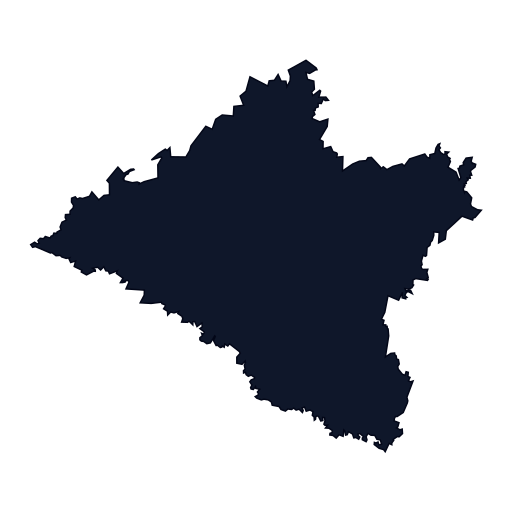 outline of Umgungundlovu, KwaZulu-Natal, South Africa
{"feature_id": "47623444B82303823139799", "entity_name": "Umgungundlovu", "entity_type": "district", "adm_level": 2, "iso_a3": "ZAF", "parent_name": "South Africa", "parent_adm1": "KwaZulu-Natal", "projection": "albers", "projection_center": [30.306, -29.53], "detail": "fine", "context": "isolated", "style": "filled", "palette": "ink", "viewbox_px": 512, "rotation_deg": 0, "n_neighbors": 0, "source": "geoboundaries", "source_scale": "gbopen_adm2", "svg_char_len": 6047}
<svg xmlns="http://www.w3.org/2000/svg" viewBox="0 0 512 512"><path d="M427.8,269.3L422.7,269.4L421.6,268.5L420.9,266.1L422.1,264.7L421.4,261.1L423.0,255.3L425.4,256.3L426.5,255.5L427.1,247.4L429.9,245.3L430.6,242.1L432.2,240.5L433.8,235.3L433.7,231.9L439.2,232.4L438.6,242.9L445.3,239.2L446.3,230.7L462.0,216.2L472.6,220.0L473.2,217.9L475.0,217.5L481.3,210.2L477.4,209.7L471.4,206.5L470.5,203.9L471.7,197.8L466.8,191.9L465.0,191.4L464.6,192.7L463.4,190.2L463.5,187.5L464.6,186.9L463.8,186.1L465.0,185.3L464.2,184.0L466.3,183.4L465.9,181.7L468.2,179.8L467.2,178.1L470.3,178.2L469.7,175.2L471.7,175.2L470.5,171.5L470.9,170.3L475.1,167.0L475.7,164.3L472.7,163.1L472.7,163.6L472.1,164.2L472.6,163.5L471.1,161.4L472.2,157.3L466.1,158.1L463.2,162.6L463.7,164.8L459.9,166.1L459.5,168.2L458.1,168.5L460.9,177.6L459.1,180.1L456.0,172.1L448.0,167.2L450.4,161.5L449.5,159.4L450.1,158.4L447.6,156.9L446.6,154.1L448.7,152.1L445.0,151.7L445.1,153.9L443.5,154.5L440.7,152.6L438.9,149.8L440.4,147.9L439.0,146.0L439.8,143.7L438.1,144.4L436.0,148.0L434.8,153.5L429.9,154.7L429.8,158.3L427.0,157.1L424.8,154.0L409.6,158.9L404.3,166.0L402.0,163.9L392.9,166.4L386.9,169.6L383.3,166.8L380.6,168.7L380.3,167.0L371.4,157.4L368.0,157.7L366.2,160.6L359.4,161.2L352.7,164.0L342.5,171.0L342.9,156.6L336.7,157.2L337.3,154.0L336.6,152.9L333.0,151.7L330.7,146.6L323.0,148.8L323.1,141.5L319.5,139.5L327.2,126.5L327.9,119.1L319.7,121.8L312.1,118.5L312.4,116.6L314.9,114.5L313.5,110.4L315.1,110.4L315.4,108.0L318.2,106.9L318.1,103.3L321.3,103.5L323.3,99.0L325.3,100.6L328.4,100.3L325.9,97.1L318.8,97.2L320.6,91.1L319.7,90.3L312.8,95.6L311.6,92.1L314.4,89.2L313.8,81.1L307.5,79.3L305.9,72.4L309.6,73.4L315.4,70.0L315.9,68.7L317.3,70.4L316.2,68.0L306.0,60.3L288.3,70.1L290.4,76.0L290.1,80.7L286.9,86.8L285.9,81.2L281.1,81.1L278.1,74.5L274.4,80.3L269.2,80.8L267.8,86.0L250.0,76.8L246.0,91.2L240.1,96.1L243.7,105.3L233.9,106.4L233.3,116.0L222.2,115.0L215.7,119.3L212.2,129.3L205.8,126.3L191.0,145.8L189.7,150.6L185.9,157.0L170.7,156.8L169.9,147.6L167.1,150.5L165.3,149.1L158.4,153.6L151.4,160.0L160.9,156.9L161.8,158.0L157.8,164.8L158.0,177.9L144.1,181.7L139.1,184.1L139.4,182.8L137.2,182.0L132.3,182.7L124.1,180.7L123.9,178.8L123.1,178.8L126.0,174.7L128.0,174.0L129.4,171.5L134.1,169.7L133.6,169.0L130.6,169.3L123.7,173.5L117.9,167.1L106.9,180.4L109.4,183.2L109.5,194.8L104.0,195.4L98.8,199.9L91.9,191.9L89.5,196.3L82.5,198.5L79.8,197.9L77.1,199.1L75.3,196.8L71.6,198.2L71.5,202.1L73.6,205.5L73.1,208.0L70.1,211.1L70.0,214.3L65.5,214.6L65.2,217.6L66.4,220.1L62.0,222.2L60.1,227.0L61.1,229.8L57.0,232.1L56.8,233.4L53.9,233.1L52.8,235.8L51.3,236.0L50.0,238.0L45.3,236.5L43.5,238.7L40.2,238.3L38.0,240.6L39.2,243.4L37.0,243.8L34.6,242.2L30.7,244.6L32.6,247.3L35.4,246.6L50.4,253.0L52.0,252.6L56.0,255.7L60.3,255.4L61.7,256.9L66.2,258.4L69.8,257.7L69.0,258.9L70.7,262.5L75.6,261.0L74.2,266.5L81.9,270.2L81.3,272.0L86.5,274.9L93.6,271.2L95.3,271.3L95.3,270.0L92.6,268.3L96.2,267.5L97.8,267.3L100.6,270.0L103.8,266.7L105.8,270.8L108.4,271.1L109.5,273.8L117.4,270.8L116.4,273.4L123.0,278.1L120.4,282.6L122.7,282.6L123.9,280.7L124.7,280.9L124.4,282.2L125.2,282.0L126.0,280.5L128.2,280.6L129.1,281.9L126.0,288.9L144.4,290.1L144.2,295.2L140.2,302.8L151.2,303.4L161.2,302.2L162.0,303.7L165.0,304.8L165.4,306.0L163.6,308.8L167.5,311.2L167.7,315.0L170.7,312.0L174.0,312.9L178.8,311.4L177.8,313.5L182.0,316.3L182.8,318.7L181.6,322.1L187.5,322.3L189.1,321.2L192.8,324.8L192.8,321.7L194.7,321.5L197.0,326.6L201.9,323.0L202.3,326.8L199.9,328.6L204.2,331.8L204.2,332.7L203.4,334.1L201.6,333.3L202.4,335.7L199.9,337.7L199.9,339.8L201.3,341.1L203.8,341.5L206.8,343.7L210.4,342.9L214.7,335.8L215.3,336.4L213.6,340.7L216.1,345.5L217.6,345.3L220.3,347.5L221.8,347.1L222.2,345.9L224.2,347.2L224.8,344.0L227.8,346.0L229.5,343.8L239.3,351.5L240.3,353.2L236.8,357.1L236.8,363.2L242.0,364.3L245.2,361.0L245.5,362.6L244.3,365.1L245.1,369.1L243.5,370.7L243.6,373.0L245.5,372.2L246.1,374.6L248.3,376.3L251.2,375.1L254.6,377.4L254.3,378.7L251.3,379.8L249.8,381.8L251.9,385.0L250.6,387.6L251.1,389.0L253.3,389.5L255.5,386.6L255.8,388.4L259.7,389.3L257.4,392.0L258.4,393.4L258.1,395.1L255.2,396.6L256.7,398.1L261.3,399.9L264.0,399.2L268.3,399.9L271.4,402.0L272.2,405.2L279.0,406.5L281.0,409.5L285.4,411.1L287.9,409.0L291.6,409.5L293.7,408.1L296.1,410.1L299.1,409.2L302.4,412.5L303.2,410.5L302.1,407.9L304.5,407.0L306.2,411.2L310.0,410.0L313.0,411.7L312.3,415.3L314.1,417.0L314.3,420.2L315.5,419.3L315.8,416.6L317.2,415.8L318.6,416.6L320.8,421.0L322.9,420.5L322.6,417.4L324.5,417.6L325.0,420.8L323.9,424.2L325.0,425.3L327.7,425.1L325.5,428.0L328.9,428.2L332.2,430.4L332.2,432.6L330.0,433.3L329.8,435.0L333.1,435.5L336.2,438.1L339.1,434.8L343.1,436.3L343.8,429.9L344.8,430.8L345.6,435.1L347.2,434.7L348.5,431.7L352.5,434.0L353.8,437.9L355.9,437.5L358.7,439.2L359.8,437.0L358.2,435.6L358.0,434.0L360.0,433.6L363.6,436.7L362.3,438.1L362.3,439.7L366.1,441.7L367.0,439.9L366.1,436.7L368.0,433.4L370.9,435.2L374.8,435.4L376.9,439.3L380.3,439.9L381.6,444.1L378.9,445.0L378.0,442.0L375.9,443.0L374.4,442.4L374.2,444.5L379.1,448.3L383.6,449.6L385.2,451.7L389.1,443.4L391.8,444.7L391.8,442.9L393.7,440.4L393.2,439.4L397.2,436.6L399.1,436.8L402.5,433.6L402.2,429.1L399.9,429.8L396.5,427.9L397.8,426.9L399.0,422.7L394.1,420.9L394.4,418.5L395.4,416.5L397.2,416.5L403.2,412.5L407.3,403.0L407.8,400.8L406.9,397.2L413.0,381.0L410.5,381.8L408.4,380.8L410.0,377.4L407.9,376.5L408.3,372.3L406.1,371.7L405.0,375.3L402.3,374.2L398.2,369.1L397.7,366.5L399.2,364.0L398.4,359.6L396.6,359.0L396.2,355.9L394.8,354.6L394.6,353.0L390.8,353.4L385.4,357.0L388.7,335.9L388.1,329.0L387.4,329.1L387.1,326.3L385.8,326.4L385.8,324.9L382.9,324.8L384.0,320.3L381.4,319.2L384.8,312.3L388.0,295.7L398.6,300.2L402.5,292.2L402.1,297.8L405.6,298.8L405.5,297.8L406.9,297.4L404.8,295.4L406.5,292.1L408.5,291.7L412.2,293.6L410.6,290.3L405.8,290.8L404.8,288.5L408.8,289.1L411.9,287.7L413.6,285.0L412.8,284.5L413.0,279.9L415.8,278.6L427.5,280.4L428.2,279.2L427.0,278.5L428.2,277.5L426.8,272.3L427.8,269.3Z" fill="#0f172a" stroke="#020617" stroke-width="1.5"/></svg>